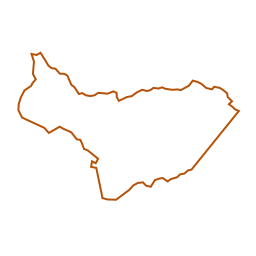 Gramado dos Loureiros, Rio Grande do Sul, Brazil, rotated 182°
{"feature_id": "56859067B9692352624566", "entity_name": "Gramado dos Loureiros", "entity_type": "district", "adm_level": 2, "iso_a3": "BRA", "parent_name": "Brazil", "parent_adm1": "Rio Grande do Sul", "projection": "mercator", "projection_center": [-52.905, -27.444], "detail": "fine", "context": "isolated", "style": "outline", "palette": "amber", "viewbox_px": 256, "rotation_deg": 182, "n_neighbors": 0, "source": "geoboundaries", "source_scale": "gbopen_adm2", "svg_char_len": 1308}
<svg xmlns="http://www.w3.org/2000/svg" viewBox="0 0 256 256"><g transform="rotate(182 128 128)"><path d="M227.0,198.6L224.3,191.1L224.9,178.8L221.9,173.4L224.8,169.8L226.3,166.7L232.8,161.9L236.3,154.5L238.0,148.2L238.2,142.1L234.2,134.7L211.6,125.2L206.9,120.3L196.4,126.9L192.6,125.0L184.5,121.7L178.7,114.8L175.3,114.6L173.3,110.7L171.3,105.6L167.6,104.3L156.8,96.2L159.1,91.7L162.8,93.4L163.5,87.9L158.3,87.0L152.7,64.0L151.1,57.1L146.3,55.9L137.4,55.9L124.7,66.1L120.7,70.8L116.3,73.4L111.2,74.2L107.8,70.9L103.2,70.1L101.1,73.8L99.3,76.9L94.7,78.6L91.5,79.2L86.6,76.0L83.2,78.5L77.2,80.5L74.3,83.5L70.1,84.4L66.6,87.7L63.1,88.6L17.8,148.9L21.7,150.4L24.5,153.0L28.0,155.3L25.0,158.3L29.4,162.4L30.2,166.2L33.6,168.8L37.7,171.3L43.3,172.2L45.4,169.6L51.2,170.7L56.2,174.7L60.1,176.5L64.9,177.6L68.6,172.4L76.6,167.7L80.0,168.3L84.7,167.7L92.1,168.5L95.3,169.8L99.0,168.5L104.0,169.0L106.7,166.8L110.2,165.6L115.2,166.7L120.4,163.9L125.3,160.0L130.2,158.9L133.3,157.3L138.1,154.8L140.3,158.6L140.6,162.6L143.8,164.1L149.6,161.6L158.9,162.1L162.5,159.6L166.5,158.6L171.2,159.2L175.0,161.3L178.2,160.2L183.1,167.1L186.1,169.1L190.4,178.2L193.4,179.9L198.0,179.9L202.7,184.8L206.2,185.1L209.7,187.5L213.5,193.5L218.1,200.1L221.9,197.8L227.0,198.6Z" fill="none" stroke="#b45309" stroke-width="2"/></g></svg>